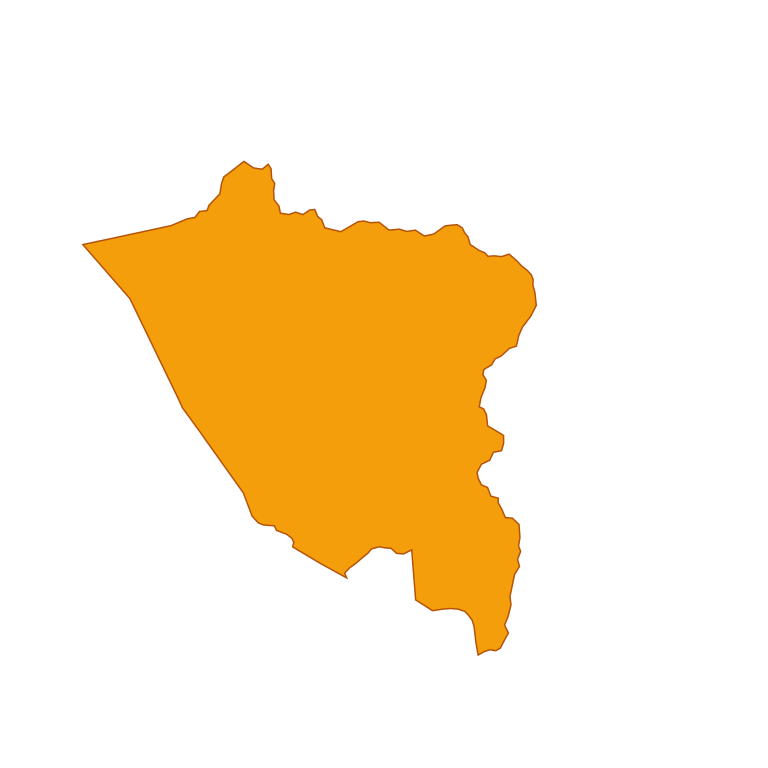 the district of Betânia do Piauí, Piauí, Brazil, rotated 236°
{"feature_id": "56859067B13783160921542", "entity_name": "Betânia do Piauí", "entity_type": "district", "adm_level": 2, "iso_a3": "BRA", "parent_name": "Brazil", "parent_adm1": "Piauí", "projection": "robinson", "projection_center": [-40.777, -8.134], "detail": "fine", "context": "isolated", "style": "filled", "palette": "amber", "viewbox_px": 768, "rotation_deg": 236, "n_neighbors": 0, "source": "geoboundaries", "source_scale": "gbopen_adm2", "svg_char_len": 2151}
<svg xmlns="http://www.w3.org/2000/svg" viewBox="0 0 768 768"><g transform="rotate(236 384 384)"><path d="M392.3,567.2L398.4,566.2L404.9,564.1L411.1,563.1L421.7,560.4L423.8,552.8L428.8,546.8L431.7,541.6L436.4,540.9L441.6,537.5L451.3,533.5L459.3,535.9L464.2,535.4L469.6,536.2L475.1,533.8L477.9,528.9L480.9,523.1L480.5,509.0L484.1,500.2L494.0,496.0L497.9,488.0L503.8,483.3L508.7,474.3L520.8,470.4L525.5,462.7L530.3,458.5L533.0,453.5L534.4,433.4L546.6,422.2L555.1,424.2L559.8,422.7L567.4,424.2L569.8,419.8L569.8,411.5L575.9,406.8L577.6,400.1L583.5,393.6L590.3,396.4L598.3,395.9L606.3,400.8L611.3,405.5L617.1,405.7L625.5,410.7L630.9,410.9L630.2,403.1L636.1,396.6L646.9,392.4L645.7,376.1L645.3,367.1L641.0,361.4L637.3,358.0L633.4,354.1L630.0,338.8L626.7,334.3L630.2,327.5L627.8,320.3L630.9,313.5L634.3,296.2L644.1,271.7L658.4,236.0L661.1,229.4L668.0,212.3L646.9,214.9L596.9,221.1L485.8,205.1L476.8,203.6L464.1,204.1L454.1,204.4L447.2,204.7L435.9,204.9L372.5,206.5L348.2,200.8L343.6,201.5L339.2,202.1L334.7,205.1L331.3,209.3L327.8,213.8L322.8,213.0L318.4,216.1L313.8,219.3L307.8,221.3L303.4,220.8L300.0,217.2L270.4,231.1L244.2,244.6L249.3,245.7L250.8,252.6L251.1,261.0L252.2,270.1L252.7,276.2L254.3,281.2L251.8,288.9L247.0,293.9L243.8,298.0L236.6,299.7L232.2,305.1L231.0,314.2L187.3,289.5L168.9,297.5L164.6,306.7L160.6,313.7L156.0,319.5L150.3,323.8L145.3,324.7L139.0,325.0L132.6,323.1L118.4,315.7L106.7,310.5L106.0,317.8L104.4,323.3L100.4,327.5L100.0,332.8L104.5,341.0L108.0,347.9L116.7,349.1L122.0,357.0L129.9,365.8L137.4,369.6L153.2,385.9L157.0,394.3L163.9,396.6L168.9,403.7L174.4,404.9L180.8,410.9L192.1,417.4L196.4,416.4L201.0,415.4L205.4,409.9L213.6,411.5L221.9,412.3L225.4,414.9L231.3,409.9L240.3,412.0L245.8,408.4L253.3,409.4L258.6,411.7L263.0,419.8L261.7,429.0L266.2,436.5L263.0,444.1L267.8,449.9L274.4,454.3L278.7,452.5L291.3,446.5L301.1,451.7L307.5,452.7L311.8,450.2L318.6,456.9L324.3,465.5L329.8,470.9L336.4,471.2L340.2,474.9L339.7,484.2L342.7,490.0L341.7,496.8L343.4,507.8L341.4,515.0L348.9,522.9L353.7,530.4L358.1,543.4L364.0,554.2L375.3,560.2L382.9,562.8L387.3,566.1L392.3,567.2Z" fill="#f59e0b" stroke="#b45309" stroke-width="1.5"/></g></svg>